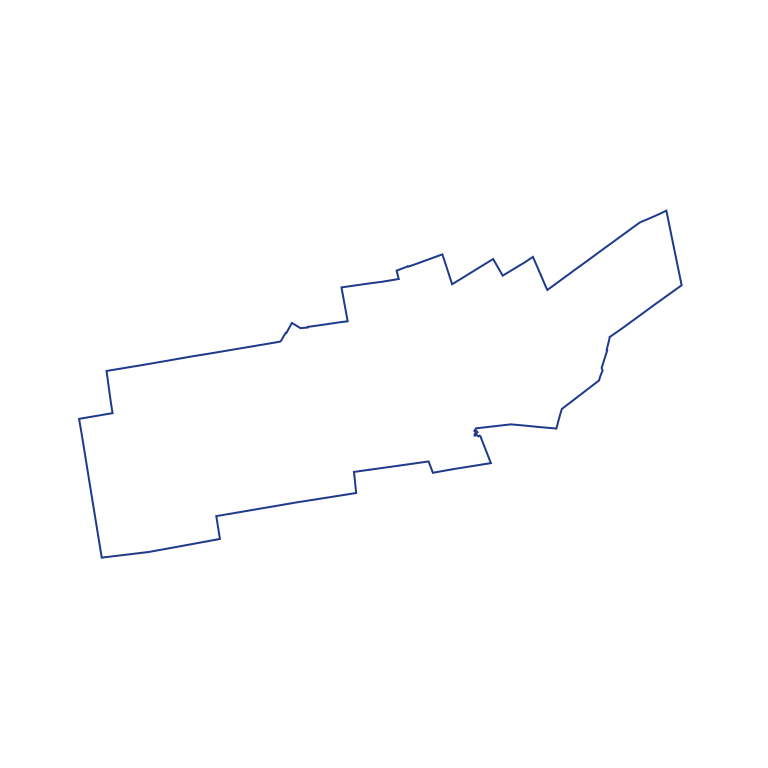 Barca, Dolj, Romania (orthographic projection), rotated 163°
{"feature_id": "2599482B6572149700325", "entity_name": "Barca", "entity_type": "district", "adm_level": 2, "iso_a3": "ROU", "parent_name": "Romania", "parent_adm1": "Dolj", "projection": "orthographic", "projection_center": [23.606, 43.972], "detail": "fine", "context": "isolated", "style": "outline", "palette": "blue", "viewbox_px": 768, "rotation_deg": 163, "n_neighbors": 0, "source": "geoboundaries", "source_scale": "gbopen_adm2", "svg_char_len": 2183}
<svg xmlns="http://www.w3.org/2000/svg" viewBox="0 0 768 768"><g transform="rotate(163 384 384)"><path d="M540.4,463.9L561.5,466.8L601.1,471.7L612.7,473.2L645.5,477.6L646.3,472.8L648.7,458.1L650.7,445.5L652.1,435.5L677.1,438.7L685.8,439.8L688.3,420.3L693.8,380.4L699.3,340.1L704.7,300.5L657.8,292.1L586.2,283.8L583.0,306.7L502.6,296.4L442.5,287.9L438.4,308.7L364.0,296.9L363.2,284.8L342.2,282.3L304.9,277.1L305.2,280.3L305.3,282.1L306.9,303.1L307.0,303.7L306.9,304.0L306.7,304.6L306.8,304.8L307.3,305.8L307.4,306.2L307.6,306.6L307.9,306.7L308.4,306.5L308.6,306.4L309.0,306.3L309.6,307.2L309.8,307.5L310.4,308.4L310.8,308.8L311.8,308.0L312.0,307.9L312.4,308.1L312.2,309.1L311.7,309.7L311.5,309.8L310.6,310.2L310.3,310.2L309.5,310.4L309.2,310.2L308.9,310.3L308.6,310.5L308.8,311.0L309.6,312.4L309.7,312.5L309.8,312.5L310.1,312.3L310.7,311.9L310.9,311.9L311.1,312.0L311.3,312.3L311.2,312.9L310.0,313.8L309.8,314.0L309.3,314.3L309.2,314.4L309.0,314.7L274.4,308.3L260.4,302.6L249.2,297.9L232.4,291.1L232.2,291.0L225.0,302.5L221.1,308.3L220.5,308.4L177.4,324.5L174.5,328.7L171.0,333.0L171.2,335.7L160.7,350.9L161.2,351.3L155.0,361.7L154.5,363.0L153.2,363.3L139.0,367.9L101.4,381.0L70.5,391.4L67.8,420.0L66.9,429.5L63.3,467.2L63.8,467.2L69.1,466.3L77.0,465.3L85.2,464.4L90.2,463.9L91.9,463.7L95.3,462.6L104.0,459.6L107.7,458.3L115.0,455.8L134.0,449.2L139.8,447.2L143.5,445.9L152.3,442.8L170.7,436.5L170.8,436.4L175.2,434.9L190.4,429.6L199.6,426.4L200.3,426.2L200.6,427.7L202.3,443.3L202.9,448.6L204.2,460.3L204.4,462.0L214.7,458.9L220.6,457.5L238.8,452.9L243.1,471.6L260.5,467.1L277.6,462.6L278.3,462.4L289.7,459.5L290.1,483.2L290.3,490.9L307.5,490.0L320.8,489.3L321.4,489.3L324.1,489.2L325.0,489.2L325.6,489.2L325.9,489.1L326.6,489.1L326.9,489.7L327.1,489.6L327.3,489.5L328.5,489.4L329.0,489.3L330.0,489.3L333.2,489.1L335.0,489.0L335.9,488.9L338.8,488.7L339.2,480.1L356.4,482.4L366.9,484.2L375.8,485.6L396.4,488.8L396.6,487.4L400.4,454.6L409.8,456.2L419.8,457.7L420.5,457.8L430.8,459.4L440.2,460.9L440.2,460.5L440.3,460.3L441.7,460.6L447.5,461.8L454.2,469.3L462.5,461.3L462.9,461.7L465.7,459.3L469.6,455.6L471.1,454.9L540.4,463.9Z" fill="none" stroke="#1e3a8a" stroke-width="2"/></g></svg>